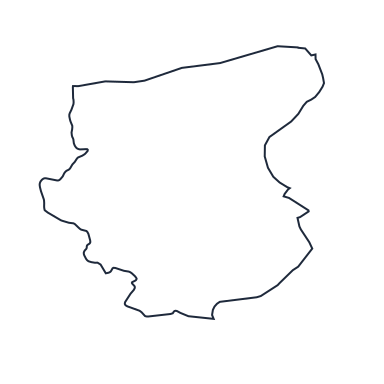 map outline of Foggia (Robinson projection), rotated 350°
{"feature_id": "ITA-5404", "entity_name": "Foggia", "entity_type": "Province", "adm_level": 1, "iso_a3": "ITA", "parent_name": "Italy", "parent_adm1": "", "projection": "robinson", "projection_center": [15.34, 41.5], "detail": "fine", "context": "isolated", "style": "outline", "palette": "slate", "viewbox_px": 384, "rotation_deg": 350, "n_neighbors": 0, "source": "natural_earth", "source_scale": "10m", "svg_char_len": 2548}
<svg xmlns="http://www.w3.org/2000/svg" viewBox="0 0 384 384"><g transform="rotate(350 192 192)"><path d="M93.2,67.0L98.4,68.0L125.8,68.0L153.8,73.8L164.6,74.1L203.5,68.0L242.0,69.9L301.6,63.3L321.4,68.0L321.6,68.4L328.4,70.3L333.2,78.2L337.5,78.0L336.8,82.6L338.6,88.1L340.7,98.8L340.9,102.6L340.9,107.7L338.9,110.9L334.7,115.6L329.8,119.8L325.5,121.7L320.7,123.1L316.6,126.4L310.3,133.5L301.9,139.8L277.8,151.3L271.9,158.7L269.8,169.6L271.0,181.3L274.7,191.1L279.9,197.8L286.4,203.6L288.9,205.2L287.1,206.1L282.9,210.0L281.5,212.2L286.5,214.7L303.5,230.3L303.5,231.4L294.0,235.5L291.4,235.8L291.8,244.6L292.7,247.8L298.8,261.9L300.6,268.6L283.6,284.0L277.7,286.5L262.3,297.0L260.2,298.6L241.7,306.4L237.4,306.9L200.3,305.0L197.2,306.4L194.3,308.7L192.1,311.7L190.4,316.6L191.3,320.7L166.9,313.7L159.5,309.0L156.5,306.6L155.2,306.1L154.1,306.2L153.3,306.7L152.0,308.1L149.6,308.4L127.1,307.0L125.4,306.6L124.2,306.0L121.5,301.7L120.2,300.3L119.5,299.7L108.5,293.4L107.1,292.2L106.6,291.4L106.4,290.5L106.7,289.5L107.1,288.7L113.9,281.4L115.4,280.2L117.7,278.3L118.3,277.5L118.9,276.7L119.2,275.7L119.0,274.6L117.3,272.0L117.0,271.1L117.4,270.4L120.5,269.5L121.4,269.1L122.0,268.5L122.4,267.8L122.1,266.7L121.2,265.0L118.7,261.7L117.3,260.3L115.9,259.4L111.3,257.8L103.3,253.5L101.4,253.0L100.5,253.4L98.6,255.7L97.8,256.4L96.7,256.8L95.8,257.0L93.0,257.1L89.4,247.6L86.7,245.2L84.1,244.8L80.7,243.6L78.0,242.2L76.9,241.0L76.1,239.5L74.9,235.7L74.7,234.2L74.9,232.9L75.4,232.0L76.1,231.1L76.8,230.5L77.7,229.9L78.3,229.3L78.7,228.4L78.9,227.4L79.3,226.5L80.0,225.9L82.0,225.1L82.7,224.5L83.2,223.6L83.3,221.9L82.7,215.3L82.1,213.4L81.3,212.1L76.3,209.8L75.2,208.8L74.1,207.4L71.1,203.3L69.9,202.3L65.4,200.9L59.2,197.8L58.0,197.1L46.5,187.3L43.8,184.4L43.7,183.4L43.7,182.2L43.8,180.9L44.5,177.3L44.8,174.8L44.8,173.6L43.4,164.9L43.1,160.8L43.2,158.5L43.6,157.1L44.2,156.0L44.8,155.2L46.3,153.9L47.2,153.4L48.2,153.0L49.3,152.9L50.5,153.1L61.1,157.2L62.2,157.4L63.4,157.2L64.6,156.5L67.4,154.2L69.4,151.4L70.8,150.1L72.1,149.3L74.2,148.7L75.1,148.3L76.1,147.5L79.0,144.1L81.8,142.0L84.0,139.6L85.0,138.7L85.8,138.2L90.2,137.2L92.2,136.4L93.4,135.8L96.3,133.5L96.7,132.4L96.3,131.7L95.2,131.4L89.7,130.7L88.5,130.4L87.5,129.9L86.6,129.3L86.0,128.7L85.4,127.8L84.6,126.0L84.1,123.5L84.3,119.6L84.1,118.4L83.7,117.2L83.5,115.5L83.7,112.5L84.9,109.3L85.4,107.4L85.6,106.0L84.6,101.4L84.4,99.6L84.3,96.4L84.6,94.6L85.2,93.3L87.5,90.1L90.5,84.9L91.0,83.1L91.3,80.6L91.2,79.0L92.9,67.9L93.2,67.0Z" fill="none" stroke="#1e293b" stroke-width="2"/></g></svg>